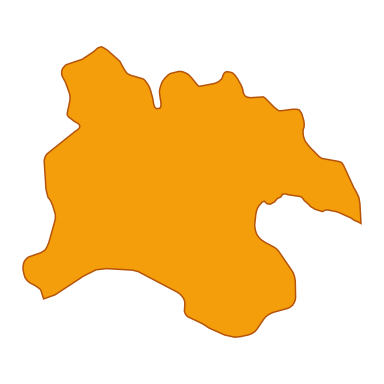 map outline of P'yŏngyang (orthographic projection)
{"feature_id": "PRK-3305", "entity_name": "P'yŏngyang", "entity_type": "Special City", "adm_level": 1, "iso_a3": "PRK", "parent_name": "North Korea", "parent_adm1": "", "projection": "orthographic", "projection_center": [125.945, 38.994], "detail": "fine", "context": "isolated", "style": "filled", "palette": "amber", "viewbox_px": 384, "rotation_deg": 0, "n_neighbors": 0, "source": "natural_earth", "source_scale": "10m", "svg_char_len": 3046}
<svg xmlns="http://www.w3.org/2000/svg" viewBox="0 0 384 384"><path d="M101.6,46.8L104.0,48.0L107.5,50.3L119.5,61.0L120.0,61.6L121.5,64.5L121.9,65.2L124.8,70.3L126.2,72.3L127.4,73.6L128.8,74.4L131.1,75.4L142.9,78.8L144.2,79.7L145.5,81.1L147.7,84.2L148.7,85.9L149.4,87.2L150.6,90.6L152.7,98.1L153.5,103.3L154.0,105.2L155.0,107.6L155.8,108.3L157.0,108.6L159.3,108.3L160.3,107.7L160.8,106.7L161.0,105.7L160.9,102.5L159.7,94.8L159.5,92.7L159.5,90.5L159.7,89.5L160.7,85.8L162.0,82.4L162.8,81.0L165.2,77.8L168.1,75.0L169.6,73.9L171.1,73.3L178.4,71.5L180.4,71.4L182.4,71.7L185.1,72.7L188.0,74.2L191.4,77.6L197.4,85.0L199.1,86.4L214.4,83.5L218.8,81.6L220.2,80.1L221.3,79.4L221.9,78.5L222.3,77.6L222.9,75.7L223.8,73.7L224.5,72.9L225.4,72.1L226.3,71.8L227.3,71.7L230.4,72.2L232.7,73.0L234.5,74.7L236.7,77.4L240.5,84.0L242.0,87.2L242.8,89.7L243.1,92.1L243.5,93.3L244.0,94.3L244.6,95.4L245.7,96.4L247.3,97.2L250.4,97.7L263.4,96.9L265.4,98.3L273.8,106.9L278.4,110.6L279.2,110.7L281.6,110.7L293.3,109.2L297.0,109.3L299.2,109.9L300.4,111.5L301.9,114.1L303.8,120.7L304.2,124.0L304.1,126.9L303.3,129.4L303.0,131.7L303.2,134.7L303.5,136.4L304.0,138.0L305.1,141.1L309.5,146.9L319.2,156.7L321.8,158.4L338.5,161.4L341.1,162.3L342.2,163.2L343.9,166.1L354.0,188.1L354.3,188.5L356.4,192.1L358.9,197.6L359.9,203.6L361.0,223.5L357.5,221.6L355.5,220.9L353.2,219.6L350.6,217.8L338.3,212.3L335.7,211.5L327.8,210.0L325.2,210.1L322.4,211.6L315.2,209.3L310.3,206.4L308.9,204.6L304.4,200.7L301.9,197.3L300.0,196.5L287.8,194.7L285.8,193.9L282.6,194.2L280.8,196.9L277.3,198.6L274.6,201.8L270.3,204.2L267.1,203.8L264.4,201.2L262.3,202.0L258.9,205.8L257.2,208.9L256.3,211.9L255.8,214.4L254.7,224.7L254.9,227.3L255.3,229.8L256.0,232.4L257.1,234.9L258.7,237.2L260.7,239.4L265.4,242.6L274.8,247.6L276.9,249.3L278.3,250.7L292.4,271.4L293.6,273.8L294.4,276.2L294.9,278.6L295.3,281.2L295.6,297.6L295.2,300.1L294.2,302.6L292.8,304.9L290.6,306.9L288.2,308.2L273.1,312.4L268.9,314.4L265.7,316.8L263.7,319.2L256.9,329.3L254.8,331.6L252.1,333.4L248.8,334.8L240.6,336.6L234.7,337.2L224.7,335.0L209.2,328.1L202.6,323.8L187.5,316.6L185.4,314.1L184.4,311.4L184.9,303.4L184.5,300.9L183.6,298.4L181.9,296.1L179.9,294.0L177.6,292.3L138.2,271.6L132.2,270.1L106.5,268.6L96.1,269.8L83.5,276.1L55.1,294.8L43.6,298.9L40.7,289.8L38.4,287.8L34.8,285.4L29.8,282.8L27.2,280.6L25.2,277.9L24.1,274.6L23.0,269.6L23.1,265.9L23.8,262.6L25.1,260.2L26.8,258.3L28.8,256.9L40.9,252.7L45.0,250.1L47.0,246.9L48.9,242.3L55.2,219.7L55.4,216.6L55.3,214.3L52.7,205.6L50.7,200.9L47.9,197.0L46.0,189.4L44.2,161.6L44.3,159.7L44.9,157.6L45.6,156.0L47.1,153.8L75.5,131.1L76.2,130.7L77.7,129.7L79.2,128.1L79.6,127.3L79.8,126.3L79.6,125.5L79.4,124.9L79.0,124.4L77.6,123.2L74.5,121.5L68.6,117.0L68.0,116.2L67.4,115.2L67.2,114.1L67.3,113.1L67.8,110.1L68.1,109.2L69.7,101.4L70.0,99.3L70.0,96.7L69.8,95.0L69.4,93.2L65.5,82.4L62.3,76.4L61.8,74.7L61.6,72.8L61.8,70.7L62.1,69.8L62.4,69.0L62.8,68.3L64.8,65.9L66.2,64.7L82.2,59.3L93.9,51.5L96.8,48.8L98.1,47.8L99.8,47.2L101.6,46.8Z" fill="#f59e0b" stroke="#b45309" stroke-width="1.5"/></svg>